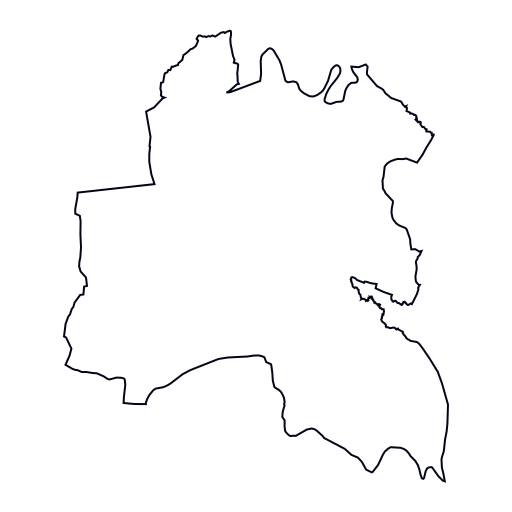 outline of Mueang Saraburi, Saraburi, Thailand
{"feature_id": "78962969B17861572852327", "entity_name": "Mueang Saraburi", "entity_type": "district", "adm_level": 2, "iso_a3": "THA", "parent_name": "Thailand", "parent_adm1": "Saraburi", "projection": "robinson", "projection_center": [100.948, 14.498], "detail": "fine", "context": "isolated", "style": "outline", "palette": "ink", "viewbox_px": 512, "rotation_deg": 0, "n_neighbors": 0, "source": "geoboundaries", "source_scale": "gbopen_adm2", "svg_char_len": 5967}
<svg xmlns="http://www.w3.org/2000/svg" viewBox="0 0 512 512"><path d="M171.8,66.6L170.3,70.1L168.4,69.9L167.3,72.3L165.0,73.2L164.4,74.7L163.2,81.9L162.5,82.5L161.0,82.8L160.4,88.9L161.3,91.9L160.9,95.3L162.0,96.7L164.5,97.6L162.5,98.5L154.2,107.3L146.1,111.6L150.5,136.8L149.5,146.3L150.1,146.7L149.3,153.7L149.3,161.9L151.3,174.1L154.5,184.1L77.7,192.6L77.3,197.5L75.2,209.3L75.3,213.7L79.8,215.8L80.6,221.2L80.4,234.0L81.0,247.4L80.3,257.6L79.4,261.8L79.1,266.3L80.6,271.5L86.0,277.5L87.0,285.9L84.1,286.6L83.4,294.5L80.2,294.9L74.5,302.7L73.5,306.6L71.7,309.2L70.0,314.4L68.3,316.5L65.6,323.8L64.0,336.5L66.1,337.5L71.4,348.6L69.6,355.5L65.5,364.8L72.5,368.9L75.3,369.9L77.4,370.1L81.7,372.0L86.3,372.0L92.6,373.0L96.9,373.3L103.8,376.4L107.0,378.6L109.4,379.5L116.4,377.6L120.6,377.7L123.6,378.3L124.7,379.4L125.3,384.8L123.9,397.1L123.6,403.0L134.4,404.0L145.1,404.1L145.9,404.1L145.9,402.5L147.1,399.3L149.2,395.2L153.2,390.3L155.6,388.6L162.3,387.4L165.5,386.3L168.4,384.8L171.3,382.9L182.8,374.1L189.6,370.5L193.6,368.8L217.4,359.4L219.6,358.8L227.8,357.5L247.5,356.5L253.5,355.6L258.5,355.4L262.3,356.3L264.4,357.3L266.2,362.1L270.8,364.1L271.3,365.2L272.3,372.6L272.8,380.5L274.3,386.7L275.0,387.6L278.6,389.7L280.6,391.5L282.0,393.5L284.0,397.8L284.6,402.0L284.1,404.4L284.6,405.2L282.7,411.8L282.3,416.9L284.6,420.4L284.6,426.8L285.1,430.8L286.2,432.6L289.0,435.3L290.8,436.1L293.3,435.7L295.7,435.9L306.9,429.5L311.8,428.5L314.7,429.3L316.3,430.3L322.6,435.9L324.1,438.0L344.8,448.9L351.5,454.9L357.9,457.6L361.9,461.9L366.1,469.6L371.8,472.4L372.8,471.8L378.1,464.9L383.0,454.5L384.8,451.6L387.9,448.8L390.6,447.2L400.7,447.8L403.9,449.0L406.3,450.5L408.7,453.2L410.6,456.2L415.3,460.9L417.9,465.2L419.4,469.6L420.5,474.5L421.7,477.9L422.2,478.5L423.4,478.8L424.1,477.9L425.6,471.4L427.0,468.5L428.6,467.5L431.4,467.1L432.2,467.5L438.3,476.1L442.9,480.7L444.8,481.3L443.3,473.3L441.9,467.6L441.5,459.5L442.0,456.9L443.8,451.2L445.1,439.3L446.6,431.6L447.4,423.9L448.0,404.6L442.0,383.4L437.8,371.9L429.7,358.7L422.2,347.7L418.8,343.4L416.8,342.0L410.2,340.8L409.3,339.9L407.8,339.3L406.1,337.8L405.7,336.7L403.4,334.3L403.3,333.4L402.7,332.9L402.8,331.8L398.3,329.4L397.9,328.6L396.4,329.5L395.4,328.3L394.4,327.7L392.8,327.6L390.7,328.1L389.2,327.9L387.9,327.2L386.3,327.3L385.7,326.3L386.0,325.0L384.6,323.4L382.2,321.6L381.2,319.5L382.0,318.0L381.7,317.1L382.2,316.4L382.4,314.2L382.8,314.0L383.4,314.5L384.0,311.4L383.6,309.2L381.7,309.2L381.1,308.2L380.1,308.1L379.4,307.1L379.6,306.4L378.9,306.0L380.0,304.7L379.1,304.1L378.6,304.8L377.6,304.8L377.5,304.2L375.6,303.3L375.2,302.5L374.4,302.7L374.3,301.6L373.3,300.7L373.3,300.0L372.7,299.8L372.6,298.9L371.8,298.6L372.3,297.9L371.7,296.5L371.0,296.6L370.9,297.5L369.6,296.8L369.7,297.6L369.4,298.0L368.4,297.9L368.1,299.6L367.5,300.1L368.2,300.4L367.7,300.9L366.9,300.2L365.9,300.9L365.4,299.6L363.7,298.8L362.7,298.7L361.3,299.3L361.7,298.5L360.9,297.6L360.4,294.8L359.1,293.5L358.6,291.4L358.6,289.8L357.9,289.5L357.0,287.9L355.7,287.3L354.6,288.0L352.7,286.5L352.3,283.7L351.8,283.2L351.6,281.8L351.0,281.2L351.3,280.1L350.7,279.5L351.3,277.5L352.1,277.1L355.1,278.1L357.0,280.0L364.1,282.8L364.6,281.7L366.1,281.7L371.3,283.3L376.6,284.0L375.6,288.3L383.7,292.0L392.0,294.9L391.3,296.7L391.4,299.5L392.7,301.4L393.6,301.7L394.4,300.9L395.6,300.8L397.6,303.0L398.8,303.0L401.4,304.9L402.2,304.7L402.3,303.8L402.7,303.7L403.3,302.1L404.5,301.7L405.0,302.0L405.2,302.8L405.9,302.9L406.5,304.0L407.6,304.9L408.2,305.0L411.0,303.4L411.9,304.1L416.9,294.1L418.4,289.4L418.1,287.8L419.8,284.9L418.7,284.9L416.2,282.0L415.8,280.7L415.4,276.6L416.7,269.1L416.4,265.2L415.9,262.6L416.1,261.0L417.6,258.6L417.7,257.1L419.7,255.1L421.5,251.0L419.4,251.6L415.3,249.2L411.3,249.4L410.4,243.8L410.1,239.2L406.7,229.4L405.4,228.0L399.3,225.5L396.2,223.4L393.6,220.0L392.4,217.6L391.5,212.7L391.8,208.3L393.0,202.2L392.8,201.0L385.6,193.3L384.1,190.3L383.3,189.4L382.9,188.2L382.5,180.4L383.5,176.9L384.7,166.6L386.7,164.0L389.1,162.1L391.2,161.0L395.7,159.4L397.8,159.0L403.2,159.1L406.1,158.5L417.0,162.6L422.5,154.8L426.2,147.9L431.2,139.9L433.7,135.0L433.6,134.6L432.1,135.5L431.8,135.1L431.7,132.9L431.2,132.9L429.9,131.7L426.3,131.4L426.2,130.6L426.6,129.3L425.2,128.8L423.9,127.0L422.4,127.0L420.5,124.5L420.3,123.9L420.9,122.7L420.6,122.1L419.5,121.7L418.2,122.3L417.9,121.6L417.2,121.4L417.2,120.6L416.3,120.4L415.6,119.6L416.9,118.8L416.8,118.3L416.2,118.2L416.4,116.2L416.0,115.6L415.1,114.9L413.9,114.9L413.7,114.4L411.8,113.5L410.2,113.6L410.1,112.6L406.5,111.0L407.0,108.4L406.6,107.4L405.5,107.1L406.0,106.2L405.1,106.6L403.1,105.0L401.1,101.6L391.2,98.0L385.5,93.3L383.1,89.7L380.9,88.2L377.0,86.1L367.1,74.5L366.9,72.6L367.6,66.6L365.8,64.5L358.6,67.2L351.4,66.6L351.8,68.8L353.2,72.0L357.3,77.4L357.8,79.6L357.3,81.6L355.8,82.6L351.2,82.9L348.5,85.0L346.3,88.4L345.2,91.0L343.5,99.5L342.8,100.8L341.0,101.6L336.4,101.9L330.8,103.9L327.9,103.4L325.4,102.1L324.6,101.0L324.6,99.2L326.4,93.6L328.6,89.4L330.6,86.2L337.2,78.0L339.8,73.7L340.4,71.5L340.3,68.9L340.0,67.7L338.4,65.8L336.9,65.2L335.4,65.6L333.4,67.2L331.3,69.8L328.0,80.9L324.4,88.2L322.8,90.7L321.0,92.4L317.1,95.1L313.3,96.5L309.5,96.2L304.1,93.4L300.7,90.7L299.3,88.8L297.9,84.3L296.3,82.2L293.3,81.4L287.9,82.3L285.8,81.1L285.3,80.3L281.1,64.5L279.5,60.4L273.7,50.6L272.4,49.3L270.5,48.3L269.6,48.3L268.0,49.1L262.7,54.3L261.4,56.4L260.7,61.1L261.1,73.6L260.2,80.9L230.4,92.1L226.4,92.6L229.3,91.1L236.9,84.3L238.9,83.9L237.7,81.6L237.5,75.5L237.2,74.0L238.2,64.9L237.6,63.7L233.8,62.7L234.5,59.8L233.0,55.9L230.6,43.9L230.3,39.0L231.1,34.3L230.8,31.2L229.7,30.7L226.8,31.8L224.9,33.0L223.8,32.1L221.0,32.7L215.2,36.6L212.5,35.5L210.2,36.5L208.5,36.1L206.0,37.1L204.8,36.4L202.7,36.6L200.2,35.5L198.5,35.6L196.6,38.7L196.7,39.2L198.0,40.3L198.1,41.0L195.8,46.1L192.4,48.7L190.6,49.2L186.6,52.9L183.4,55.2L182.3,59.9L178.4,63.2L178.0,65.0L175.6,65.7L173.1,66.8L171.8,66.6Z" fill="none" stroke="#020617" stroke-width="2"/></svg>